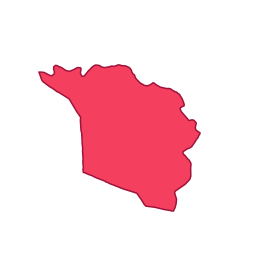 Concepción Tutuapa, San Marcos, Guatemala, rotated 238°
{"feature_id": "79465075B54986860813663", "entity_name": "Concepción Tutuapa", "entity_type": "district", "adm_level": 2, "iso_a3": "GTM", "parent_name": "Guatemala", "parent_adm1": "San Marcos", "projection": "albers", "projection_center": [-91.85, 15.29], "detail": "fine", "context": "isolated", "style": "filled", "palette": "rose", "viewbox_px": 256, "rotation_deg": 238, "n_neighbors": 0, "source": "geoboundaries", "source_scale": "gbopen_adm2", "svg_char_len": 2196}
<svg xmlns="http://www.w3.org/2000/svg" viewBox="0 0 256 256"><g transform="rotate(238 128 128)"><path d="M222.5,82.1L214.4,80.3L212.2,80.5L203.4,83.9L202.3,84.7L196.2,87.2L195.0,88.1L187.9,91.6L183.8,93.5L168.3,93.2L164.7,93.5L164.1,93.3L162.6,93.7L159.1,91.3L151.1,87.0L148.0,85.9L142.0,82.6L141.3,82.2L139.4,81.0L134.5,78.7L132.7,77.3L125.9,73.7L124.1,72.4L122.0,71.1L118.2,69.2L116.7,67.8L114.0,66.6L112.7,67.8L109.1,70.2L107.3,71.8L103.3,74.2L99.5,77.0L95.0,80.4L94.1,80.5L93.7,81.1L89.5,83.7L89.0,84.2L78.7,91.8L71.3,98.2L68.0,100.9L61.1,101.3L54.3,101.3L52.2,101.8L46.6,108.7L39.6,115.6L35.2,120.6L34.8,120.7L33.5,122.5L35.3,125.4L38.0,128.4L41.8,131.4L48.2,133.1L49.4,134.5L50.0,146.7L51.7,153.2L53.8,155.7L61.0,160.0L63.5,162.0L65.1,162.7L68.4,162.8L70.5,162.2L74.7,161.7L75.4,161.3L77.6,161.3L78.7,162.0L78.9,166.8L78.4,169.6L78.4,172.1L81.3,178.8L81.9,179.6L82.7,182.2L84.2,184.2L84.8,185.7L85.7,186.5L88.1,185.4L90.3,184.6L91.6,184.8L93.0,185.5L95.6,188.2L96.8,188.6L100.0,187.8L101.3,186.1L101.7,184.3L102.3,183.6L106.5,183.0L113.4,181.9L116.0,182.2L116.9,182.4L117.4,183.9L117.3,186.5L117.0,186.9L117.5,187.6L118.5,188.3L119.6,188.3L120.1,188.7L124.2,189.4L129.4,189.4L131.1,188.6L132.7,188.2L133.4,187.6L134.0,186.8L134.7,186.8L136.1,185.8L137.1,185.5L138.3,185.0L140.0,183.5L140.1,182.8L141.3,181.5L141.9,180.7L145.6,177.0L147.0,176.3L150.3,174.5L151.5,174.3L153.1,173.3L152.8,169.8L153.3,167.7L153.7,166.4L154.8,165.3L155.9,164.2L157.3,163.6L157.8,163.2L159.0,162.7L159.1,162.3L164.6,161.1L166.6,160.9L169.6,161.6L170.7,161.0L173.1,160.9L175.4,161.5L177.7,161.3L178.9,160.9L182.0,158.8L184.8,155.0L185.6,154.7L186.8,153.0L187.4,149.6L187.8,148.9L189.3,146.7L189.8,144.6L191.7,140.0L194.1,137.7L195.1,137.4L196.1,136.9L198.1,134.6L198.7,133.5L198.8,131.9L198.5,128.6L198.0,127.6L197.5,124.8L195.4,118.8L195.6,117.1L196.8,116.3L199.4,116.6L200.5,117.3L203.1,119.6L204.4,119.5L206.1,117.0L206.3,112.2L206.7,111.0L206.8,109.4L207.7,107.6L209.9,105.7L214.1,103.8L216.0,102.6L216.2,102.0L218.1,101.3L219.5,99.8L219.3,97.6L217.6,96.3L214.6,95.3L213.0,94.1L212.7,91.7L213.1,90.3L215.0,89.0L219.6,86.3L221.9,83.3L222.5,82.1Z" fill="#f43f5e" stroke="#9f1239" stroke-width="1.5"/></g></svg>